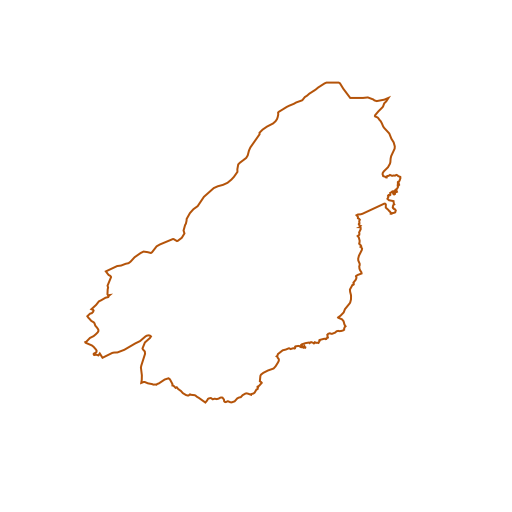 Sovata, Mures, Romania (Natural Earth projection), rotated 332°
{"feature_id": "2599482B16228815220694", "entity_name": "Sovata", "entity_type": "district", "adm_level": 2, "iso_a3": "ROU", "parent_name": "Romania", "parent_adm1": "Mures", "projection": "natural_earth1", "projection_center": [25.148, 46.633], "detail": "fine", "context": "isolated", "style": "outline", "palette": "amber", "viewbox_px": 512, "rotation_deg": 332, "n_neighbors": 0, "source": "geoboundaries", "source_scale": "gbopen_adm2", "svg_char_len": 6069}
<svg xmlns="http://www.w3.org/2000/svg" viewBox="0 0 512 512"><g transform="rotate(332 256 256)"><path d="M186.5,376.2L186.9,375.7L189.2,376.2L190.6,376.0L193.7,374.1L194.8,374.3L196.1,373.0L195.8,372.3L196.0,372.1L197.7,372.1L201.5,370.7L201.4,369.9L200.6,368.4L203.6,363.9L204.7,363.1L207.6,362.6L212.8,362.7L218.7,363.6L221.5,362.6L225.3,360.4L226.6,359.5L227.4,358.6L227.7,357.6L227.4,356.1L227.6,355.0L227.2,354.3L228.1,354.1L229.3,352.9L235.3,351.8L238.4,352.6L241.6,352.9L242.1,353.2L242.8,354.4L245.6,354.9L246.6,355.8L247.1,355.8L247.8,355.1L247.9,354.5L248.4,354.3L251.2,355.3L252.1,356.0L252.4,356.9L252.9,357.6L254.6,358.7L255.0,359.4L255.4,359.4L256.4,360.1L256.7,359.8L256.3,359.0L256.4,358.2L255.4,358.4L254.0,356.3L254.1,355.7L254.9,355.5L258.9,356.2L262.2,357.3L262.4,358.1L264.2,357.9L265.8,359.6L266.1,360.4L266.7,360.4L267.5,359.8L268.5,361.0L269.5,361.4L270.3,362.1L272.5,360.7L272.4,360.1L272.7,360.0L277.0,361.0L278.0,361.4L278.4,362.1L279.1,362.3L279.7,361.7L281.2,361.8L281.3,361.6L281.4,360.3L281.9,359.7L281.9,359.1L283.2,358.6L284.9,358.9L285.9,360.0L286.6,360.4L289.9,360.8L291.8,360.3L293.4,360.7L294.3,361.5L296.0,362.2L297.9,362.6L299.2,362.5L299.8,361.4L301.0,360.4L302.1,360.1L301.9,358.1L302.7,354.7L302.2,352.3L299.6,349.1L299.6,348.8L302.6,348.4L306.9,347.0L309.6,344.7L316.7,341.7L317.5,341.1L319.5,338.9L321.0,336.2L321.5,335.1L322.3,331.8L323.2,329.7L327.6,326.8L328.1,327.1L328.9,327.0L329.0,326.4L329.6,325.8L329.6,325.2L332.9,323.8L334.1,322.8L334.7,321.9L334.7,320.9L335.0,320.6L337.0,320.5L341.0,321.0L341.4,319.9L341.2,317.5L341.4,315.8L342.3,313.6L343.3,312.7L343.9,311.5L344.2,308.0L345.0,306.3L347.0,304.1L352.2,300.4L353.1,299.3L353.0,298.5L353.2,297.7L352.6,297.0L353.5,296.5L353.4,295.0L352.9,294.3L353.0,293.3L353.8,292.6L354.7,291.1L355.5,287.8L355.1,286.1L357.1,285.8L357.7,285.0L358.1,283.6L361.0,281.5L361.7,280.1L361.5,279.5L361.0,279.2L361.5,279.2L361.7,278.7L362.5,278.5L361.7,277.3L361.7,276.1L362.2,275.7L362.8,275.6L363.4,273.9L364.0,273.2L364.7,272.8L364.5,271.6L363.7,270.5L364.4,269.1L363.9,267.2L365.5,267.2L367.9,268.3L369.8,268.7L393.9,270.0L394.7,270.6L394.8,271.5L393.3,274.2L394.5,277.5L394.7,278.8L395.2,279.7L395.1,280.5L395.4,281.0L394.8,281.9L395.6,282.4L396.8,282.2L397.7,282.6L399.4,282.8L400.8,281.4L400.6,279.9L399.9,279.3L399.9,278.5L399.5,278.2L399.5,277.4L399.9,277.1L400.2,276.3L401.6,275.2L402.3,275.3L402.3,274.4L403.2,272.1L399.6,269.2L398.9,267.2L400.7,265.9L400.9,265.6L400.7,264.9L400.9,264.7L401.8,264.4L402.9,265.2L403.3,265.1L404.1,263.3L405.5,263.3L406.4,263.0L407.2,263.1L407.2,264.4L406.6,264.8L406.4,265.2L406.5,266.1L406.8,266.5L407.8,266.5L408.8,264.9L409.5,264.9L410.0,265.5L410.6,265.5L410.7,264.5L408.7,264.5L408.5,264.3L408.6,263.7L409.7,263.6L410.2,263.0L412.0,262.9L412.3,262.6L413.4,262.1L413.9,261.3L414.0,260.6L414.6,259.7L415.0,260.7L415.8,260.4L416.1,258.9L415.4,258.7L415.9,257.4L416.3,257.2L417.2,257.4L418.2,256.8L420.2,254.9L420.2,254.2L420.5,253.8L419.1,252.3L418.7,251.1L418.0,250.3L416.4,250.3L415.5,249.6L413.8,249.1L412.3,247.3L410.7,247.5L409.5,247.0L408.8,247.2L408.3,248.0L407.7,247.7L407.2,246.6L405.8,245.2L406.2,243.1L406.9,242.2L408.5,241.3L414.2,239.6L417.6,237.4L418.7,236.2L420.6,233.2L422.2,231.3L428.8,226.3L430.0,224.4L430.9,220.3L430.6,216.0L431.2,210.4L429.3,203.1L429.1,201.4L429.4,198.0L429.4,195.6L428.9,193.7L428.7,191.9L428.4,190.8L426.7,188.7L426.7,188.2L427.3,187.6L432.1,185.7L437.4,184.1L438.3,183.7L440.9,181.4L443.6,180.6L447.2,178.6L442.7,178.2L435.3,175.9L433.6,174.2L433.0,172.8L429.2,168.5L424.5,166.6L413.4,160.7L411.6,149.3L411.2,142.9L410.4,141.7L399.7,136.0L397.6,135.8L390.1,136.4L386.7,137.1L379.3,137.7L376.4,138.4L373.7,138.6L370.5,140.0L369.7,140.2L363.6,139.3L360.9,139.4L356.0,138.9L353.2,138.8L343.8,139.4L342.9,139.7L342.0,141.6L340.3,143.6L338.8,145.0L336.5,146.2L333.3,147.0L326.5,146.9L321.2,147.5L317.0,148.8L316.3,150.2L302.0,157.5L299.3,159.6L295.9,163.3L293.4,164.8L285.5,166.1L283.3,166.8L280.3,170.6L279.1,173.0L273.6,175.8L270.1,177.0L265.2,178.0L260.3,177.7L255.0,176.5L250.6,176.2L237.8,179.3L227.9,184.6L222.7,185.3L217.8,187.1L212.2,190.7L211.2,192.3L209.3,194.5L207.9,195.4L204.0,199.5L203.4,202.5L199.0,205.1L194.0,205.9L193.2,205.7L191.2,202.4L190.5,202.0L176.6,200.7L172.8,200.8L165.9,203.9L164.6,204.0L162.1,201.7L158.8,199.3L155.6,199.2L148.2,200.1L142.6,202.1L140.1,202.5L137.3,201.7L132.4,201.1L128.7,199.7L116.2,199.1L116.8,202.8L117.0,203.7L117.9,204.9L118.2,206.0L118.1,206.6L111.0,212.5L110.6,214.4L109.4,215.8L106.9,220.0L106.9,221.2L108.5,221.8L107.5,222.0L106.3,222.9L103.5,222.2L98.3,222.4L96.0,222.3L91.9,224.1L85.7,225.7L86.9,227.1L87.0,227.9L86.0,228.8L84.2,229.4L82.4,229.0L78.8,230.0L79.0,231.8L79.4,233.0L80.1,236.0L81.6,238.4L81.8,239.6L81.4,242.0L82.0,244.7L82.2,246.9L81.7,248.2L80.4,249.1L77.8,249.9L75.0,250.5L70.9,250.4L66.0,252.0L64.8,251.9L64.8,252.6L69.1,257.9L70.0,260.0L70.8,263.6L70.8,264.8L70.1,265.8L68.9,266.1L66.9,266.1L66.6,266.4L66.5,267.2L67.2,267.8L68.3,267.8L70.2,269.8L72.3,268.7L72.7,273.8L83.6,274.1L85.3,274.6L88.4,276.1L95.7,277.0L108.5,276.5L113.6,276.7L120.8,275.1L122.3,275.1L124.1,275.7L125.1,276.7L125.5,277.7L123.9,278.6L117.3,280.2L112.4,284.3L112.3,285.3L113.0,288.1L112.1,290.3L103.2,299.0L102.0,300.5L99.2,307.8L97.0,311.7L95.1,314.2L97.6,314.5L98.6,315.0L100.8,317.7L104.1,320.3L105.0,321.4L106.8,322.2L107.6,322.9L108.8,322.6L110.2,322.9L117.4,322.2L121.3,322.9L121.5,323.5L121.9,323.8L122.1,325.1L122.1,329.8L121.6,330.6L121.4,331.1L121.9,331.4L122.5,332.5L123.1,334.7L124.4,334.7L124.8,336.8L126.4,340.1L127.0,342.7L128.9,345.9L130.4,347.3L131.0,347.5L132.7,347.2L132.8,347.6L136.5,350.1L137.1,350.9L137.7,352.5L138.9,354.4L142.5,361.6L144.8,360.7L146.6,359.6L147.4,359.6L149.2,360.1L149.6,360.4L150.5,362.2L152.5,362.6L154.1,363.9L156.1,364.4L157.5,364.3L158.7,364.5L159.9,365.3L160.3,367.7L159.7,369.4L160.1,370.4L160.7,370.8L163.0,371.0L164.6,373.0L165.7,373.8L168.9,374.3L172.7,372.9L174.7,373.0L176.3,373.5L178.8,372.6L182.0,372.5L183.1,372.8L184.2,373.7L186.5,376.2Z" fill="none" stroke="#b45309" stroke-width="2"/></g></svg>